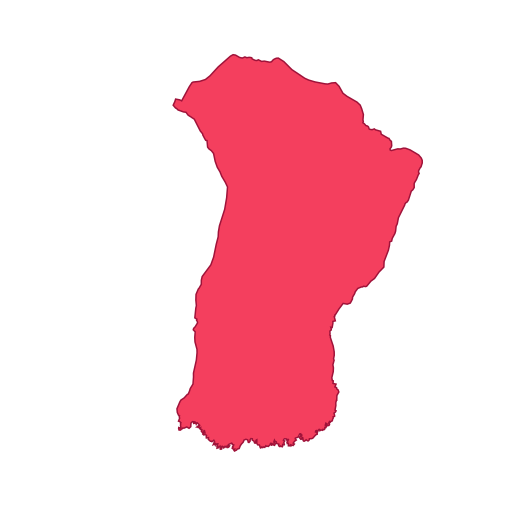 outline of Kham Thale So, Nakhon Ratchasima, Thailand, rotated 19°
{"feature_id": "78962969B48242512834839", "entity_name": "Kham Thale So", "entity_type": "district", "adm_level": 2, "iso_a3": "THA", "parent_name": "Thailand", "parent_adm1": "Nakhon Ratchasima", "projection": "equal_earth", "projection_center": [101.939, 15.02], "detail": "fine", "context": "isolated", "style": "filled", "palette": "rose", "viewbox_px": 512, "rotation_deg": 19, "n_neighbors": 0, "source": "geoboundaries", "source_scale": "gbopen_adm2", "svg_char_len": 6118}
<svg xmlns="http://www.w3.org/2000/svg" viewBox="0 0 512 512"><g transform="rotate(19 256 256)"><path d="M128.6,140.4L131.8,142.3L132.7,142.3L134.7,143.3L140.5,143.4L143.0,142.9L145.9,144.9L153.1,146.7L162.6,155.9L165.8,157.9L166.3,158.9L169.5,161.9L170.8,163.0L172.1,162.8L174.8,168.8L176.5,170.0L179.6,171.0L182.5,172.9L186.6,179.8L190.5,184.7L194.6,188.2L197.6,191.7L203.0,196.3L206.6,200.0L209.3,210.5L211.2,222.1L211.6,239.3L212.6,245.4L214.0,250.2L214.6,257.9L216.3,270.8L216.2,279.1L211.8,292.9L212.2,296.7L213.5,300.6L212.7,304.8L212.2,306.0L211.8,311.8L213.5,317.3L215.8,322.4L216.1,325.0L218.3,334.4L220.7,335.0L220.7,336.1L221.9,337.1L222.5,338.3L221.5,342.8L220.6,344.7L220.7,346.2L223.2,347.5L224.6,352.9L226.3,357.1L230.6,363.5L231.8,366.8L233.5,373.9L235.0,387.1L236.3,390.7L238.1,397.6L237.0,402.7L237.1,405.4L236.9,408.5L236.1,409.3L234.2,413.7L231.9,416.7L231.5,418.8L231.0,426.2L232.5,429.5L234.5,431.7L235.7,432.0L235.7,432.9L236.6,434.2L236.5,437.4L238.0,437.5L239.3,438.1L239.2,439.2L239.6,439.7L239.7,440.6L240.8,442.6L240.3,443.3L238.8,443.3L239.0,444.3L239.9,445.6L241.4,445.1L241.6,444.1L242.3,443.7L242.7,442.6L244.1,442.1L246.2,440.2L248.8,440.7L249.9,438.6L248.9,435.2L249.8,433.3L251.5,432.9L251.3,434.2L251.6,434.6L252.6,433.9L253.0,433.1L254.2,434.5L254.4,433.0L254.7,432.8L257.9,434.4L257.8,435.0L256.9,435.2L255.8,436.9L256.7,436.7L257.2,437.0L257.9,436.5L258.7,437.2L259.5,436.3L259.8,437.9L261.4,437.8L261.6,438.3L261.2,439.3L262.9,440.5L263.7,439.3L263.7,438.0L264.1,437.9L265.4,439.9L264.3,440.3L263.8,441.8L264.9,442.2L265.9,441.5L267.5,441.6L267.8,442.1L267.7,442.9L268.3,444.2L270.2,443.2L270.6,444.9L273.2,446.0L274.4,445.6L274.8,445.9L276.1,443.9L277.2,444.8L277.0,448.2L278.0,447.2L279.0,448.1L279.0,446.5L280.3,447.0L280.6,446.1L281.1,446.0L280.9,448.3L281.8,448.2L282.1,448.6L281.5,449.4L281.7,450.4L283.1,449.4L283.9,447.4L285.1,448.8L284.9,450.1L285.7,450.2L286.3,449.7L285.9,448.8L286.0,447.5L285.7,447.3L285.9,446.9L287.2,447.1L287.7,448.1L288.1,447.8L288.7,446.0L290.0,446.6L290.4,445.4L291.7,446.3L292.5,445.4L292.8,444.1L291.3,444.4L291.3,443.3L293.8,440.9L294.5,441.0L294.9,441.9L296.4,441.8L296.5,442.8L295.9,443.7L296.5,444.4L296.0,445.1L296.0,445.5L297.7,446.1L298.6,445.6L298.4,446.9L299.2,447.4L300.8,445.8L301.0,444.8L302.8,443.5L302.9,440.7L303.4,438.7L304.5,436.2L304.6,433.9L306.1,432.6L307.9,432.5L309.4,434.7L310.1,434.6L310.7,433.0L310.2,431.4L310.6,430.3L312.0,430.0L312.3,431.2L314.3,431.7L315.5,433.2L316.1,433.3L316.6,432.9L316.0,430.9L316.2,429.8L316.6,429.4L317.7,432.8L319.0,434.0L320.8,433.6L322.5,435.9L323.0,436.0L323.7,434.6L324.8,435.0L325.4,434.0L326.6,434.1L327.1,432.2L327.9,432.6L328.6,432.1L329.6,432.1L330.9,429.7L330.7,428.8L331.1,428.1L331.7,428.3L332.3,429.8L332.6,429.7L333.2,427.9L334.3,429.0L335.2,429.0L335.4,427.3L333.4,425.8L333.4,424.1L334.7,425.3L335.7,425.1L336.6,426.6L338.9,426.5L339.1,427.9L340.3,428.5L340.8,428.4L341.1,427.6L342.9,427.9L343.1,427.2L342.6,425.5L344.1,425.4L344.2,425.0L343.0,423.4L343.4,421.6L341.9,421.3L342.0,420.3L342.6,419.4L344.2,419.1L344.6,420.0L345.0,420.1L345.9,418.9L346.4,419.0L346.3,421.1L345.8,421.9L346.6,423.1L347.3,422.5L347.7,422.8L348.4,424.9L349.5,424.6L350.0,423.4L350.9,424.2L351.3,423.1L352.8,423.1L353.5,421.3L352.2,421.0L352.1,420.7L352.8,418.6L354.0,416.9L352.6,416.1L352.5,415.3L354.8,413.6L355.3,409.9L356.1,409.5L356.6,410.7L357.4,410.2L357.7,410.6L356.3,413.0L356.5,413.8L358.0,414.7L358.8,414.3L358.5,412.4L359.4,412.6L360.6,415.0L361.2,415.5L362.2,415.2L363.3,413.4L364.8,414.0L365.7,413.7L366.2,412.5L366.0,411.4L368.1,410.6L369.0,409.8L370.7,405.7L371.9,404.6L371.7,403.9L370.6,403.0L369.5,403.0L369.5,401.7L370.1,401.3L371.1,402.4L371.5,402.4L371.6,400.4L372.1,399.4L372.5,399.3L373.3,400.4L374.1,399.3L375.5,399.2L375.8,398.1L376.7,398.3L377.4,397.0L376.9,395.7L377.9,395.5L378.1,394.2L376.6,393.5L376.5,391.3L378.0,391.7L378.0,393.1L378.3,393.5L380.1,392.5L380.4,391.5L379.1,390.3L379.2,389.2L379.5,388.6L380.2,389.3L380.7,388.1L381.8,387.0L381.6,385.3L381.8,384.2L381.3,382.8L382.5,382.1L382.2,381.1L380.9,379.2L381.9,377.7L382.1,376.3L380.9,376.0L380.2,371.4L379.2,368.7L379.0,366.2L379.3,366.1L377.9,361.6L378.6,357.6L377.1,355.8L375.5,355.3L375.0,354.2L373.2,354.1L373.4,351.1L370.3,351.4L369.7,348.9L368.7,348.9L367.3,346.4L366.7,340.2L365.6,336.5L364.1,333.8L363.8,329.2L362.8,327.9L362.3,324.4L361.1,321.1L358.3,316.0L352.8,308.8L352.2,306.9L351.4,306.7L351.3,305.4L350.3,303.0L351.2,301.4L350.9,300.4L349.9,299.0L351.3,298.8L350.6,294.5L350.0,292.8L352.1,291.5L349.7,287.8L350.1,287.3L349.7,286.2L350.1,285.9L351.7,279.0L353.8,272.5L358.0,271.8L360.5,269.8L361.2,265.4L360.7,263.5L361.5,259.6L361.5,257.5L362.8,253.5L365.8,250.9L366.9,250.5L367.5,249.6L369.7,249.2L370.5,248.5L372.8,242.4L375.4,238.6L377.5,231.2L380.5,224.9L378.9,219.5L379.3,207.4L378.7,202.3L377.8,199.1L379.4,197.8L379.1,194.9L380.0,189.5L379.9,187.0L378.8,182.3L379.1,179.6L378.2,173.4L380.0,159.5L379.9,158.2L380.5,156.6L381.3,155.8L381.9,153.5L381.7,144.1L382.7,142.4L383.3,139.8L382.0,136.1L382.0,135.1L382.8,131.4L383.0,126.5L383.4,124.8L382.4,123.8L382.0,122.4L382.5,119.2L383.0,118.0L382.9,113.9L382.0,111.4L380.4,109.6L376.9,107.5L367.1,105.5L362.5,105.4L360.3,106.0L357.7,107.8L355.0,108.6L349.7,112.2L348.5,112.2L347.8,111.1L348.5,108.9L348.4,107.5L346.7,103.5L345.1,102.9L343.4,101.5L342.4,101.6L334.8,100.1L333.2,97.5L327.8,97.8L326.5,97.3L324.6,98.8L322.2,99.2L321.7,99.1L320.3,97.3L319.1,96.8L317.4,96.9L315.4,95.7L313.7,95.2L313.6,93.6L312.9,92.8L311.5,87.3L308.1,82.5L305.4,79.4L301.4,77.6L290.0,75.4L285.2,73.8L279.3,68.5L274.8,66.2L271.1,67.8L268.0,70.0L265.5,70.7L255.2,72.2L248.6,72.5L244.3,72.1L229.2,68.1L219.0,63.1L212.7,61.6L210.8,62.4L209.5,63.6L208.5,64.7L207.4,67.3L205.9,68.3L200.5,69.0L197.9,70.2L194.3,69.7L193.2,70.9L191.4,71.3L188.2,70.9L187.5,70.0L186.6,70.0L184.8,70.4L182.8,71.5L180.7,71.4L178.6,73.3L175.8,73.6L171.3,72.7L168.8,73.1L166.8,75.3L158.7,89.5L153.8,100.7L150.7,105.6L145.9,109.2L139.9,112.0L139.0,113.0L137.8,117.7L135.2,133.5L133.0,133.2L128.9,133.8L129.0,136.3L128.6,140.4Z" fill="#f43f5e" stroke="#9f1239" stroke-width="1.5"/></g></svg>